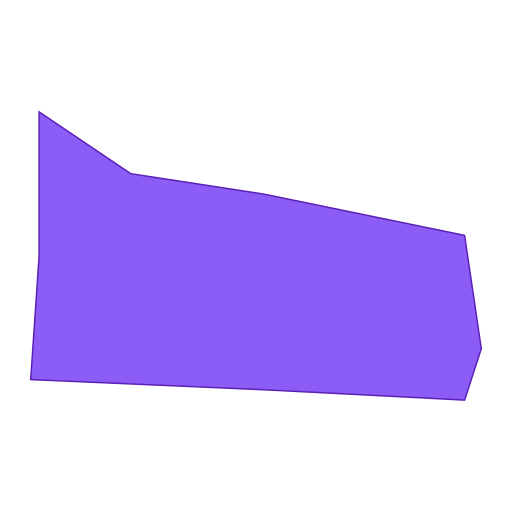 the state/province of Santa Luċija
{"feature_id": "MLT-5965", "entity_name": "Santa Luċija", "entity_type": "state/province", "adm_level": 1, "iso_a3": "MLT", "parent_name": "Malta", "parent_adm1": "", "projection": "mercator", "projection_center": [14.503, 35.854], "detail": "fine", "context": "isolated", "style": "filled", "palette": "violet", "viewbox_px": 512, "rotation_deg": 0, "n_neighbors": 0, "source": "natural_earth", "source_scale": "10m", "svg_char_len": 249}
<svg xmlns="http://www.w3.org/2000/svg" viewBox="0 0 512 512"><path d="M464.6,235.4L481.3,348.7L464.6,400.1L264.3,389.8L30.7,379.6L39.1,256.0L39.1,111.9L130.8,173.7L264.3,194.2L464.6,235.4Z" fill="#8b5cf6" stroke="#5b21b6" stroke-width="1.5"/></svg>